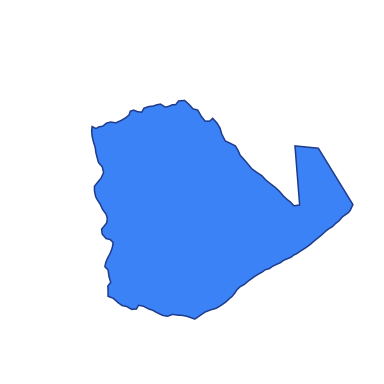 outline of Cajazeirinhas, Paraíba, Brazil, rotated 325°
{"feature_id": "56859067B75006307595902", "entity_name": "Cajazeirinhas", "entity_type": "district", "adm_level": 2, "iso_a3": "BRA", "parent_name": "Brazil", "parent_adm1": "Paraíba", "projection": "equal_earth", "projection_center": [-37.807, -6.945], "detail": "fine", "context": "isolated", "style": "filled", "palette": "blue", "viewbox_px": 384, "rotation_deg": 325, "n_neighbors": 0, "source": "geoboundaries", "source_scale": "gbopen_adm2", "svg_char_len": 1982}
<svg xmlns="http://www.w3.org/2000/svg" viewBox="0 0 384 384"><g transform="rotate(325 192 192)"><path d="M205.4,97.1L200.7,95.8L196.6,97.8L193.4,94.9L191.2,91.5L187.8,90.4L184.8,92.7L180.6,93.2L174.7,92.7L169.2,91.6L165.5,88.0L161.2,86.5L156.5,86.9L153.4,85.3L149.7,84.9L147.7,81.1L145.1,84.1L142.2,88.9L140.1,94.2L138.2,100.1L135.9,104.5L134.0,109.4L132.3,114.4L132.9,120.0L130.7,125.4L125.5,128.5L119.5,130.1L115.3,131.4L112.7,135.2L110.4,140.6L109.9,144.8L109.8,149.2L108.7,155.1L108.9,160.7L107.6,164.9L104.5,168.3L101.0,169.4L96.6,170.6L94.3,175.0L94.9,180.9L97.7,184.0L98.4,188.2L94.6,192.0L89.3,195.6L84.7,197.8L80.9,200.3L77.8,203.2L78.5,207.7L75.5,213.6L73.6,219.4L69.1,220.8L66.4,225.0L63.4,229.3L66.4,233.7L68.1,240.7L69.7,245.0L72.8,248.3L75.2,253.5L79.4,256.0L83.2,254.1L86.7,257.7L89.5,263.1L91.8,266.0L93.8,270.2L97.1,276.1L100.7,279.8L105.9,281.1L109.8,284.8L113.5,287.7L116.7,291.1L121.4,297.7L127.8,297.8L133.6,297.8L139.9,299.3L144.8,301.1L149.9,301.5L156.7,301.5L161.5,300.8L165.0,300.5L169.3,299.3L172.5,297.9L177.1,297.2L181.6,297.7L187.8,297.2L194.5,297.1L199.1,297.3L203.6,297.8L207.3,297.7L211.3,299.1L215.4,299.1L219.5,299.7L223.6,300.6L228.0,300.5L232.4,301.5L235.4,302.2L238.9,302.0L242.8,302.6L247.2,302.6L250.5,302.8L254.0,302.9L258.9,302.8L263.8,302.2L269.9,301.8L273.9,301.5L277.7,300.9L281.8,300.6L287.3,300.9L291.2,300.2L296.0,299.9L301.3,298.6L304.8,298.6L308.3,298.6L311.3,297.7L316.6,294.6L320.6,228.6L302.8,213.3L272.7,264.4L267.6,261.8L266.8,256.4L265.6,252.6L264.6,247.9L264.0,241.7L262.8,236.0L260.8,229.6L259.3,224.4L258.6,218.8L256.1,212.6L254.3,207.2L253.7,199.8L253.2,194.6L252.5,189.7L253.5,184.8L254.0,179.2L251.3,174.1L248.5,169.2L249.6,161.6L251.6,155.9L252.0,149.7L251.2,143.5L247.1,144.1L243.4,141.5L243.0,135.5L243.7,128.2L240.5,124.4L239.9,119.3L238.5,112.8L233.2,109.7L228.7,111.1L225.9,109.2L222.5,108.6L218.8,107.2L216.6,101.9L213.0,100.3L209.7,99.4L205.4,97.1Z" fill="#3b82f6" stroke="#1e3a8a" stroke-width="1.5"/></g></svg>